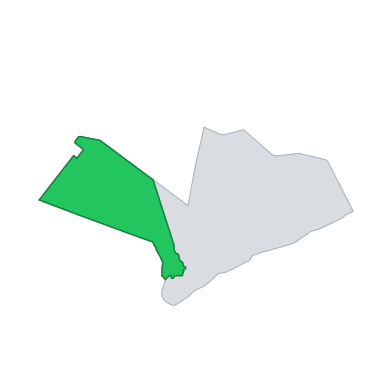 location of Mafraq within Jordan, rotated 233°
{"feature_id": "JOR-850", "entity_name": "Mafraq", "entity_type": "Province", "adm_level": 1, "iso_a3": "JOR", "parent_name": "Jordan", "parent_adm1": "", "projection": "mercator", "projection_center": [37.07, 32.534], "detail": "fine", "context": "in_parent", "style": "filled", "palette": "green", "viewbox_px": 384, "rotation_deg": 233, "n_neighbors": 0, "source": "natural_earth", "source_scale": "10m", "svg_char_len": 2863}
<svg xmlns="http://www.w3.org/2000/svg" viewBox="0 0 384 384"><g transform="rotate(233 192 192)"><path d="M122.9,104.6L128.4,105.9L131.6,108.8L137.0,117.0L145.3,119.3L148.6,121.7L153.2,126.0L158.7,127.6L176.3,130.3L190.3,121.2L202.1,113.5L215.6,104.7L224.8,98.7L240.4,88.6L250.7,82.1L264.2,73.6L277.6,65.2L281.3,78.9L284.9,92.3L288.7,106.1L292.3,119.5L288.4,120.7L291.5,131.0L296.6,129.4L302.1,128.2L304.5,134.8L296.8,142.1L289.2,149.2L287.4,150.0L277.4,152.9L257.0,159.0L243.3,163.0L225.8,168.2L211.3,172.5L196.9,176.7L183.5,180.7L191.1,188.9L202.8,201.6L210.5,210.0L219.7,220.8L227.8,230.4L236.5,240.6L230.4,244.0L220.4,249.7L219.4,250.7L218.5,251.8L214.4,261.9L211.1,269.9L210.0,270.9L196.0,273.8L181.9,276.7L173.0,278.6L170.4,280.6L164.5,290.5L158.5,300.7L148.5,309.0L137.4,318.2L134.7,318.8L126.6,317.4L112.9,315.0L99.6,312.7L90.6,311.1L79.5,309.1L81.2,301.3L80.7,297.1L83.3,283.3L84.8,276.7L85.6,271.9L89.4,262.1L88.9,258.9L89.7,247.5L89.4,245.3L91.1,239.1L94.3,230.1L97.5,222.4L98.7,218.9L101.9,211.5L104.8,202.4L103.3,197.5L102.8,196.5L104.0,190.8L104.0,190.7L105.4,181.4L106.2,176.3L107.9,169.7L111.0,164.0L109.6,150.6L109.8,143.4L111.7,135.1L110.6,125.5L111.6,111.7L111.8,110.4L112.9,108.7L113.7,107.8L120.1,105.0L122.9,104.6Z" fill="#d9dde1" stroke="#a8b0b8" stroke-width="1"/><path d="M175.7,130.5L176.3,130.3L184.7,124.6L192.6,119.4L198.3,115.7L207.2,110.0L211.3,107.4L216.1,104.3L225.0,98.6L233.8,92.9L240.4,88.6L249.5,82.9L253.9,80.1L264.9,73.1L277.6,65.2L280.0,74.1L282.2,82.0L284.0,88.6L286.3,97.4L288.8,106.4L292.3,119.3L288.3,120.5L288.2,120.5L288.3,120.8L290.8,129.6L291.2,130.5L291.7,130.8L301.5,128.1L302.6,128.7L303.4,130.6L304.4,134.7L303.1,136.7L296.9,142.0L296.9,142.4L296.4,142.6L295.4,143.4L289.2,149.2L287.4,150.0L281.5,151.7L269.9,155.1L258.2,158.5L246.6,161.9L236.8,164.7L234.9,165.3L225.1,168.2L160.7,145.8L158.9,144.7L157.2,143.2L156.3,142.7L153.5,142.4L152.6,142.5L151.9,142.8L151.4,143.2L150.7,143.5L149.9,143.5L149.1,143.3L148.2,142.6L146.1,141.6L144.0,141.4L143.4,141.5L142.8,141.6L141.8,142.1L141.1,142.1L140.3,141.9L139.0,140.9L138.3,140.5L137.8,140.5L137.1,141.2L136.6,141.5L136.0,141.6L135.4,141.5L134.9,141.1L134.6,140.7L134.6,140.1L134.8,139.7L135.0,139.3L135.1,138.9L134.9,138.5L134.4,138.0L133.4,137.6L132.9,136.4L132.2,135.2L131.8,134.9L131.4,134.6L131.1,134.2L131.2,133.6L131.7,132.7L134.0,130.0L134.8,128.5L135.2,128.0L135.2,127.5L135.1,126.6L134.8,126.0L134.5,125.5L134.5,125.0L134.7,124.5L135.4,123.9L136.0,123.8L136.6,124.0L137.6,124.7L138.0,124.8L138.4,124.7L138.8,123.1L138.1,118.0L138.9,118.1L140.8,117.8L141.1,117.8L141.6,118.1L142.0,118.1L142.8,117.4L143.1,117.4L143.6,117.7L145.3,119.4L148.7,121.7L153.2,126.0L154.0,126.5L155.0,126.8L157.9,127.1L158.8,127.6L160.7,127.8L167.7,128.7L169.6,130.1L170.5,129.6L171.6,129.6L174.9,130.5L175.7,130.5Z" fill="#22c55e" stroke="#15803d" stroke-width="1.5"/></g></svg>